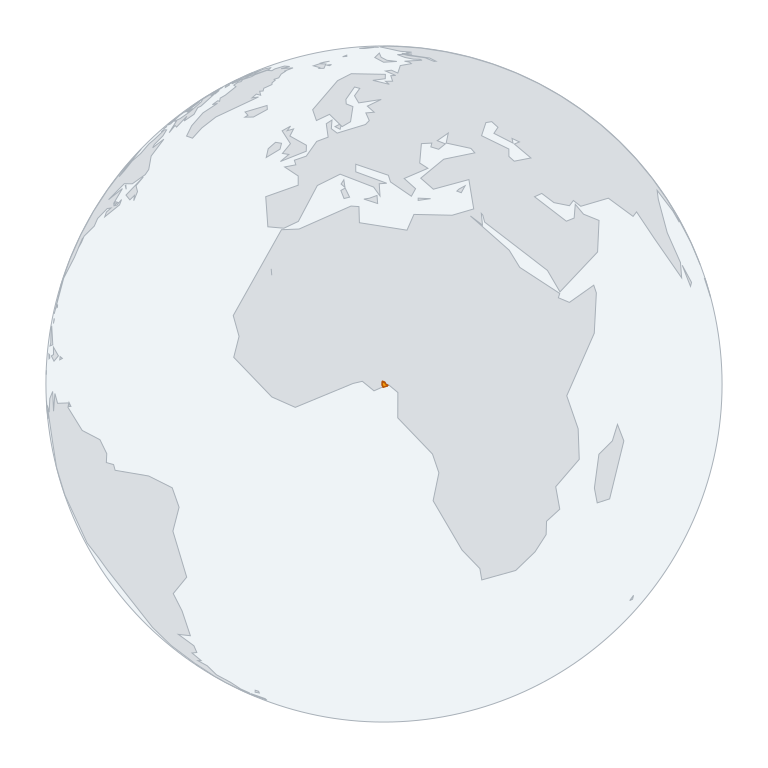 Akwa Ibom highlighted on a globe, orthographic projection, rotated 347°
{"feature_id": "NGA-2842", "entity_name": "Akwa Ibom", "entity_type": "State", "adm_level": 1, "iso_a3": "NGA", "parent_name": "Nigeria", "parent_adm1": "", "projection": "orthographic", "projection_center": [7.82, 5.014], "detail": "fine", "context": "on_globe", "style": "filled", "palette": "amber", "viewbox_px": 768, "rotation_deg": 347, "n_neighbors": 0, "source": "natural_earth", "source_scale": "10m", "svg_char_len": 8913}
<svg xmlns="http://www.w3.org/2000/svg" viewBox="0 0 768 768"><g transform="rotate(347 384 384)"><circle cx="384" cy="384" r="338" fill="#eef3f6" stroke="#a8b0b8"/><path d="M262.7,68.6L265.9,67.4L271.3,65.4L274.2,64.4L278.4,63.0L280.4,62.4L271.0,65.7L268.6,66.5L266.9,67.2L261.3,69.3L265.2,67.9L253.6,72.6L268.0,67.3L261.1,70.6L252.6,74.0L249.8,74.4L231.3,82.6L262.7,68.6ZM200.2,100.5L190.9,107.7L181.9,114.2L172.5,122.4L179.0,117.8L188.7,110.1L198.6,104.8L209.3,97.0L214.9,94.2L227.4,86.9L229.3,87.5L224.4,92.5L214.1,99.0L211.7,101.8L224.6,95.9L208.4,109.5L203.0,122.1L198.4,126.3L183.8,132.3L176.0,130.4L157.1,142.4L173.1,134.7L161.3,147.1L161.0,149.6L163.9,149.6L169.8,145.2L166.6,150.0L149.5,158.3L152.2,154.0L157.6,151.1L153.8,150.8L142.2,158.3L137.2,165.0L125.0,172.5L121.2,177.8L116.5,183.0L123.3,173.8L110.8,191.0L95.7,208.8L78.4,241.5L91.3,215.3L92.3,213.4L106.4,191.3L122.2,170.3L139.6,150.6L158.5,132.4L178.7,115.6L200.2,100.5ZM58.1,294.6L57.0,298.9L58.1,294.6ZM51.4,324.2L50.2,331.4L51.2,329.1L51.4,336.2L55.1,323.0L59.5,316.7L55.9,336.2L61.2,319.2L61.6,329.4L72.6,331.5L70.8,335.7L79.5,361.4L94.7,374.4L98.2,389.5L95.8,398.1L102.4,401.7L102.6,407.6L134.0,420.7L154.3,437.5L156.6,458.0L145.2,479.9L148.3,527.8L131.5,540.8L136.2,559.7L138.7,585.7L127.3,581.7L139.9,596.3L141.2,603.5L136.4,602.9L143.6,612.4L140.4,611.7L148.3,618.7L155.3,629.6L167.4,640.2L175.6,648.8L183.7,654.9L182.4,654.3L184.1,656.0L188.4,659.1L178.8,652.5L162.3,639.0L155.6,632.8L153.5,631.1L137.8,614.5L140.1,617.5L117.7,590.8L103.7,569.1L72.9,503.6L67.1,489.7L59.0,472.2L48.1,420.5L46.7,400.8L46.2,390.9L48.2,364.0L50.4,337.3L50.5,333.1L48.8,342.4L49.7,334.5L51.4,324.2ZM71.1,256.3L73.3,252.6L70.1,271.2L67.1,271.8L68.6,269.0L70.4,261.7L72.1,254.6L71.1,256.5L71.1,256.3ZM82.7,235.4L82.8,233.7L83.3,234.0L82.7,235.4ZM225.5,87.2L226.4,87.0L223.6,88.4L225.5,87.2ZM230.1,84.4L226.2,86.1L227.8,85.1L230.2,84.0L230.1,84.4ZM234.5,82.6L231.1,83.1L234.0,81.5L245.4,76.3L234.5,82.6ZM291.9,58.9L292.8,58.6L288.9,59.7L281.1,62.1L291.9,58.9ZM287.7,60.1L293.8,58.5L291.0,59.5L282.0,61.9L287.7,60.1ZM284.8,63.3L284.2,62.8L289.1,61.1L284.8,63.3ZM296.2,57.8L297.1,57.5L299.0,57.0L302.3,56.3L296.2,57.8ZM311.3,54.1L300.6,57.0L300.6,57.9L296.2,59.3L297.0,57.7L311.3,54.1ZM309.2,54.5L309.5,54.5L303.8,55.8L300.1,56.7L309.2,54.5ZM312.4,54.0L315.0,53.4L313.1,53.9L312.4,54.0ZM321.5,52.1L318.0,52.9L315.3,53.3L321.5,52.1ZM322.5,51.7L326.4,51.1L316.5,53.0L321.3,51.9L322.5,51.7ZM333.5,50.5L321.6,52.8L315.8,53.6L328.1,51.1L333.5,50.5ZM198.8,665.8L181.6,654.6L189.4,659.9L184.6,655.7L197.4,663.8L198.8,665.8ZM189.1,655.3L189.6,653.4L192.7,655.2L193.0,657.0L189.1,655.3ZM718.9,338.7L718.8,338.1L715.2,316.7L707.3,286.3L708.1,292.8L704.4,280.5L693.7,256.8L692.8,265.8L694.0,300.3L700.2,332.4L697.9,347.5L680.1,302.9L668.8,273.1L664.4,276.7L644.4,253.4L615.7,255.1L609.8,247.8L604.8,252.0L590.4,245.5L580.6,233.8L572.8,235.4L598.3,266.4L606.6,265.1L610.8,251.9L616.6,263.4L630.3,273.0L621.8,303.4L576.2,333.8L568.8,310.1L518.5,248.9L518.3,241.9L518.0,241.1L517.2,239.7L515.7,251.3L506.0,239.7L536.1,281.8L542.5,300.9L575.6,335.3L573.3,339.2L583.0,346.2L610.6,334.9L611.4,343.0L600.3,381.8L559.4,436.6L563.1,471.3L557.3,501.3L528.2,522.7L527.1,545.5L511.5,554.3L508.1,567.2L493.4,581.5L470.4,595.3L435.2,596.9L435.9,585.4L422.7,563.4L405.6,508.8L417.5,482.9L415.5,463.2L389.8,420.1L395.6,395.4L388.0,385.4L372.7,388.4L363.5,376.5L354.0,376.5L292.3,386.8L271.8,371.4L243.6,324.2L253.5,305.0L252.5,283.4L318.8,210.6L336.1,213.9L391.9,203.2L399.5,205.5L396.3,221.3L441.0,239.3L451.3,225.5L488.4,234.9L510.8,233.6L512.7,203.9L475.9,205.3L466.1,191.7L492.8,178.4L524.5,179.2L521.7,174.0L498.8,163.2L503.1,153.9L490.6,158.9L497.8,163.8L490.1,167.6L483.0,163.5L484.8,160.0L474.5,158.2L468.5,176.7L475.3,183.7L449.9,188.3L458.7,200.8L452.9,207.2L435.8,188.6L435.2,181.6L405.9,163.5L404.2,170.9L431.8,189.0L424.4,187.8L422.4,199.9L418.2,189.8L388.5,169.7L363.7,175.6L337.1,206.3L321.5,209.7L306.2,204.7L310.9,174.9L345.1,171.0L347.2,162.0L336.0,150.2L347.4,150.6L347.0,145.8L359.5,144.5L373.0,132.5L385.1,130.9L386.3,117.4L392.7,115.1L390.1,123.4L394.8,129.0L424.3,127.0L428.9,124.0L427.3,115.8L435.6,117.0L430.3,109.5L445.3,106.1L422.6,104.4L420.1,96.5L426.9,90.5L422.1,88.0L410.9,98.1L410.2,102.6L416.1,106.7L410.4,120.9L401.1,123.8L391.6,109.0L377.4,112.1L376.2,100.7L407.0,78.0L421.9,74.3L455.0,82.6L453.9,86.8L441.4,85.6L456.6,93.2L453.6,89.4L460.5,90.9L460.0,85.1L464.8,86.0L455.9,79.4L461.8,79.9L467.4,84.1L471.5,77.4L482.7,78.0L481.3,76.2L476.6,74.1L493.9,77.1L492.1,75.7L485.8,74.1L478.0,70.6L471.1,66.0L477.5,67.3L480.9,69.1L497.5,75.4L505.4,81.0L507.3,81.2L501.9,76.7L481.7,68.8L475.7,65.8L485.6,68.9L481.5,67.5L480.6,66.5L485.6,66.9L474.8,63.5L455.5,54.4L463.3,55.6L474.2,58.5L471.9,57.7L495.6,65.0L518.6,74.1L541.0,84.8L562.5,97.1L583.0,110.9L602.5,126.2L620.8,142.9L637.8,160.9L653.5,180.1L667.7,200.4L680.4,221.7L691.5,243.8L700.9,266.7L708.7,290.3L714.7,314.3L718.9,338.7ZM300.0,246.4L299.1,252.8L300.0,246.4ZM561.0,196.2L578.0,196.8L565.0,179.5L570.4,178.6L564.0,173.5L563.9,178.3L547.5,164.5L552.8,159.5L548.0,152.6L542.1,152.2L534.9,164.0L558.5,183.1L556.9,190.4L561.0,196.2ZM73.0,331.3L73.9,335.4L71.8,335.1L73.0,331.3ZM64.2,279.4L64.7,280.3L64.2,283.5L63.3,284.1L64.2,279.4ZM74.6,284.4L76.4,286.7L73.5,287.5L74.6,284.4ZM70.2,273.7L73.1,283.3L67.6,287.5L66.2,281.8L68.6,281.0L70.2,273.7ZM77.4,245.8L77.1,247.4L75.5,250.7L77.4,245.8ZM83.1,235.7L82.7,235.9L83.9,233.0L83.1,235.7ZM162.4,146.6L163.6,146.1L165.4,147.1L162.3,148.8L162.4,146.6ZM187.1,141.1L181.4,149.1L183.3,144.1L177.8,147.4L175.1,141.9L196.0,128.2L187.0,135.0L187.1,141.1ZM177.2,132.2L176.6,136.3L176.5,132.4L177.2,132.2ZM332.7,124.1L338.3,126.4L335.5,131.8L320.2,136.8L324.1,128.7L332.7,124.1ZM346.9,128.8L341.7,114.4L351.0,111.7L346.6,115.4L353.3,115.1L348.1,121.2L362.1,133.9L360.6,139.7L333.1,143.9L342.9,138.9L336.9,136.5L346.9,128.8ZM311.9,91.5L309.8,87.7L332.7,86.3L332.1,90.2L316.8,94.5L308.5,92.7L311.9,91.5ZM255.3,74.5L253.0,74.9L255.6,73.8L259.7,72.5L255.3,74.5ZM284.1,63.2L268.1,72.1L264.7,72.8L259.5,78.5L248.4,82.8L252.1,78.8L239.7,87.0L238.6,85.1L231.2,90.8L240.7,81.3L239.2,80.8L245.1,79.5L255.3,75.4L259.3,73.4L269.5,67.9L271.4,65.7L281.9,62.2L288.8,60.3L289.9,60.2L282.8,62.3L289.4,60.8L280.0,64.0L284.1,63.2ZM363.5,53.4L354.7,53.6L366.5,55.5L357.1,56.8L359.0,56.9L353.5,58.9L350.3,62.0L345.5,62.4L346.3,63.5L342.7,65.3L342.2,67.0L333.4,68.8L332.1,71.3L328.7,70.8L328.8,74.9L324.8,72.8L319.8,75.5L326.3,76.1L280.3,86.0L264.1,93.5L252.7,101.4L247.4,98.0L254.7,89.1L268.6,79.1L284.9,73.1L279.6,73.2L285.8,70.6L287.4,71.6L288.7,68.6L294.3,66.9L306.6,61.0L304.9,59.0L309.4,57.2L312.8,57.2L314.8,55.6L324.4,54.7L327.8,53.6L340.5,52.1L345.2,53.5L348.7,52.4L358.5,51.8L363.5,53.4ZM337.0,50.1L344.7,50.3L343.3,51.5L321.7,53.7L317.2,54.8L303.3,57.3L305.6,55.8L309.4,55.1L313.6,54.2L311.2,55.0L316.2,53.7L321.6,52.9L327.0,51.8L328.0,52.1L337.0,50.1ZM406.0,199.3L411.5,199.7L419.6,198.7L418.4,206.7L406.0,199.3ZM385.5,185.7L390.2,184.4L392.5,194.2L386.8,194.3L385.5,185.7ZM390.8,176.0L390.2,183.6L387.2,179.5L390.8,176.0ZM394.2,122.2L398.9,121.0L400.2,122.8L398.5,125.9L394.2,122.2ZM396.5,62.9L391.6,61.9L392.6,61.3L386.8,58.1L393.3,57.5L399.4,59.1L396.5,62.9ZM507.6,209.1L502.3,215.0L498.4,212.4L501.0,210.9L507.6,209.1ZM459.1,210.6L471.1,213.9L458.6,212.8L459.1,210.6ZM402.6,61.6L399.5,60.3L404.7,60.9L402.6,61.6ZM397.8,56.9L403.6,57.2L393.4,57.1L397.8,56.9ZM579.6,646.0L577.8,649.6L574.7,650.3L579.6,646.0ZM604.9,493.4L578.0,546.7L565.0,547.8L565.6,532.7L577.6,500.8L593.7,490.8L602.4,475.9L604.9,493.4ZM721.7,373.1L720.0,353.2L720.5,353.4L720.8,356.5L721.7,373.1ZM701.3,335.4L706.5,354.2L704.6,357.8L701.3,335.4ZM453.9,60.5L454.7,65.0L459.6,69.2L469.1,72.6L456.0,70.4L448.5,63.8L453.9,60.5ZM454.7,54.7L446.3,52.8L449.6,53.1L451.9,53.6L454.7,54.7ZM449.9,53.8L440.3,52.7L435.4,51.4L443.9,52.5L449.9,53.8ZM421.7,55.2L421.5,56.4L417.3,55.8L421.7,55.2Z" fill="#d9dde1" stroke="#a8b0b8" stroke-width="1"/><path d="M386.8,385.4L386.9,385.6L387.0,385.7L387.0,385.8L386.9,385.9L386.9,386.0L387.0,386.1L387.2,386.3L386.9,386.4L386.9,386.5L386.7,386.8L386.4,386.8L386.1,386.7L385.6,386.7L385.4,386.7L385.2,386.7L385.0,386.8L384.9,386.8L384.7,386.8L383.7,386.9L383.4,387.0L383.5,387.0L383.3,387.0L383.1,387.0L383.1,386.9L382.5,386.9L382.4,386.8L382.3,386.7L382.5,386.6L382.4,386.5L382.3,386.4L382.3,386.2L382.4,385.8L382.3,385.7L382.2,385.3L382.1,385.2L382.1,384.9L381.9,384.7L382.0,384.5L381.9,384.2L382.0,384.0L382.2,383.8L382.3,383.5L382.2,383.2L382.3,382.6L382.3,382.4L382.5,382.2L382.8,382.2L383.0,382.1L383.0,381.9L382.8,381.9L383.0,381.5L382.9,381.1L383.1,381.0L383.3,381.0L383.6,381.2L383.8,381.5L384.1,381.7L384.5,381.9L384.3,382.1L384.4,382.4L384.4,382.5L384.6,382.6L384.9,382.5L385.1,382.5L385.3,382.7L385.4,382.8L385.4,383.5L385.5,383.9L385.6,384.2L385.8,384.5L386.5,385.2L386.7,385.4L386.8,385.4L386.8,385.4Z" fill="#f59e0b" stroke="#b45309" stroke-width="1.5"/></g></svg>